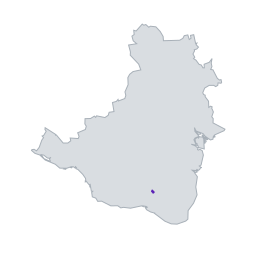 location of João Dourado, Bahia, Brazil, rotated 83°
{"feature_id": "56859067B11161986118081", "entity_name": "João Dourado", "entity_type": "district", "adm_level": 2, "iso_a3": "BRA", "parent_name": "Brazil", "parent_adm1": "Bahia", "projection": "albers", "projection_center": [-41.539, -11.21], "detail": "fine", "context": "in_parent", "style": "filled", "palette": "violet", "viewbox_px": 256, "rotation_deg": 83, "n_neighbors": 0, "source": "geoboundaries", "source_scale": "gbopen_adm2", "svg_char_len": 3974}
<svg xmlns="http://www.w3.org/2000/svg" viewBox="0 0 256 256"><g transform="rotate(83 128 128)"><path d="M59.5,52.5L62.5,54.5L65.9,53.1L67.1,54.5L68.9,52.3L73.5,49.7L74.4,47.6L77.4,46.3L77.6,44.9L74.0,44.7L72.7,39.3L69.3,36.1L73.6,37.5L77.3,37.2L80.0,38.8L80.6,36.6L89.6,33.3L91.5,31.4L91.3,29.8L94.0,29.5L94.9,30.2L94.2,33.1L96.6,33.7L97.6,35.9L96.1,37.7L95.6,42.3L97.7,47.0L102.1,49.5L104.0,48.9L104.8,47.4L106.4,47.6L111.2,44.8L117.4,45.3L116.4,43.3L117.3,41.9L118.5,42.5L122.5,41.3L127.1,43.5L129.0,42.3L133.3,43.0L141.0,31.9L142.4,33.0L145.4,42.8L146.8,44.3L149.5,45.1L149.9,47.6L145.5,52.5L142.7,54.2L139.2,60.9L135.7,62.0L139.5,62.0L144.9,58.5L146.1,62.7L147.7,64.0L153.4,62.3L151.8,67.2L154.0,63.3L156.6,61.0L157.9,61.6L158.5,60.9L157.9,59.2L159.6,57.1L164.1,56.5L173.7,60.0L174.4,61.9L175.8,60.5L178.0,62.0L178.6,63.5L177.5,64.6L178.0,65.2L179.2,64.1L179.5,65.1L178.4,66.2L177.7,69.5L179.2,68.1L180.3,65.7L180.5,67.4L184.8,65.1L194.8,67.9L202.8,67.6L210.6,72.1L217.3,78.4L225.8,79.7L227.4,82.0L229.4,91.0L228.4,96.8L225.1,102.6L215.9,112.2L215.9,111.4L214.1,115.8L211.3,119.6L209.9,120.2L209.0,118.5L208.1,119.3L206.9,123.5L207.9,135.3L206.2,142.1L206.4,144.9L203.9,147.7L203.2,154.5L197.4,163.1L197.1,167.0L193.7,168.5L192.0,171.8L187.5,171.9L186.5,170.7L186.2,172.1L179.3,172.4L179.6,173.5L175.3,176.3L172.8,176.3L168.4,178.6L163.0,182.8L162.0,184.7L161.0,184.0L160.7,184.9L159.5,184.5L161.1,185.6L159.8,186.9L159.5,189.1L160.5,193.7L159.5,200.6L155.1,204.6L149.7,214.1L144.6,218.4L144.4,217.0L148.1,215.2L151.2,210.0L151.3,209.1L149.1,209.7L147.7,208.1L148.5,209.7L147.9,211.7L144.7,214.9L143.8,217.3L144.1,218.7L141.8,223.5L138.5,226.5L137.8,226.1L137.7,223.8L139.5,221.6L136.4,218.5L129.5,215.0L127.3,213.0L125.5,214.2L125.2,212.7L121.3,209.6L119.5,210.6L117.6,210.2L125.4,200.8L126.3,200.8L126.1,200.0L135.0,194.2L135.6,189.6L133.8,186.4L130.9,186.6L132.4,178.7L130.4,177.6L126.6,178.5L124.3,170.5L121.1,169.2L118.7,170.3L113.5,169.5L114.0,164.0L112.1,159.9L113.5,158.8L112.1,157.7L114.8,149.6L113.0,146.1L110.1,144.8L110.0,139.9L100.8,140.3L100.2,136.3L98.4,134.4L100.0,134.2L98.4,127.6L95.4,126.2L91.8,126.6L85.0,122.6L78.0,122.0L74.9,119.8L72.6,116.1L71.9,108.2L65.9,109.6L56.0,116.9L52.9,116.3L45.7,117.3L45.4,109.1L42.1,112.2L37.3,112.9L36.0,110.5L31.7,110.4L32.7,108.1L26.6,101.2L27.9,99.8L27.5,97.7L30.5,95.1L29.7,93.3L31.0,88.0L36.1,84.3L41.4,82.0L45.7,82.2L47.2,66.0L45.7,62.6L43.2,60.9L42.9,57.3L47.6,56.4L46.6,54.5L43.7,54.7L43.4,51.4L52.3,50.6L52.1,49.2L53.6,50.3L56.3,48.2L58.0,50.1L58.4,52.7L59.5,52.5ZM148.2,54.2L158.1,54.9L155.9,60.5L154.1,60.7L153.8,61.6L152.3,61.2L150.8,62.7L147.1,62.8L145.7,60.0L146.6,59.3L145.4,58.3L146.1,55.0L148.2,54.2ZM140.0,61.2L141.4,57.1L142.9,56.5L142.9,59.0L140.0,61.2ZM150.9,52.1L150.0,53.7L147.7,53.4L148.0,52.4L150.9,52.1ZM147.4,50.6L147.2,53.7L146.2,53.4L147.4,50.6ZM152.5,54.0L151.1,54.2L150.4,54.0L152.1,53.0L152.5,54.0ZM146.1,54.3L144.7,55.4L144.0,54.9L145.1,53.9L146.1,54.3ZM148.6,51.6L147.9,51.0L149.1,50.3L149.2,50.9L148.6,51.6ZM147.6,43.7L146.8,43.9L146.6,42.8L147.4,42.7L147.6,43.7ZM160.9,196.5L160.6,195.6L161.2,194.7L161.4,194.9L160.9,196.5ZM176.0,175.9L176.3,177.0L175.3,176.8L176.0,175.9ZM160.3,189.7L159.9,189.2L160.5,188.5L160.7,188.8L160.3,189.7ZM179.0,67.4L178.4,68.6L179.0,67.0L179.0,67.4ZM209.4,120.4L208.5,120.7L209.1,119.8L209.4,120.4ZM181.8,172.9L180.8,173.2L180.6,173.0L181.2,172.5L181.8,172.9ZM207.8,122.5L207.5,123.1L207.3,122.7L207.8,122.5ZM176.3,59.5L176.3,60.1L176.1,60.1L176.3,59.5Z" fill="#d9dde1" stroke="#a8b0b8" stroke-width="1"/><path d="M195.4,110.9L195.4,110.7L195.2,110.5L195.2,110.4L195.1,110.2L194.7,110.2L194.7,110.3L194.4,110.4L194.3,110.5L194.2,110.5L193.9,110.7L193.9,110.8L193.6,110.9L193.5,111.0L193.4,111.1L193.5,111.1L193.4,111.3L193.5,111.7L193.4,111.7L193.4,111.8L193.4,112.0L193.7,112.1L193.8,112.0L194.0,112.0L194.1,111.8L194.3,111.7L194.6,111.3L194.9,111.2L195.0,111.2L195.3,110.9L195.4,110.9Z" fill="#8b5cf6" stroke="#5b21b6" stroke-width="1.5"/></g></svg>